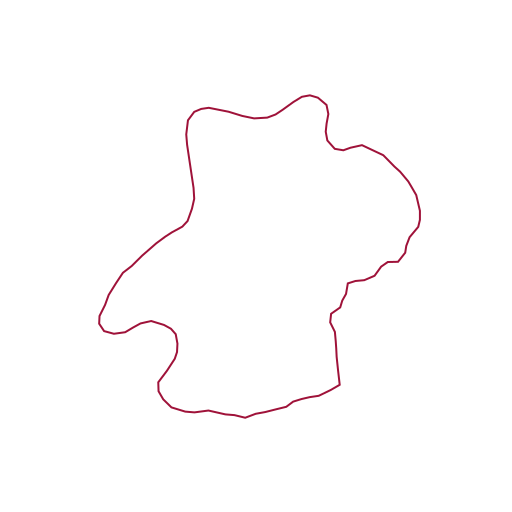 outline of Boracéia, São Paulo, Brazil, rotated 235°
{"feature_id": "56859067B36731884931019", "entity_name": "Boracéia", "entity_type": "district", "adm_level": 2, "iso_a3": "BRA", "parent_name": "Brazil", "parent_adm1": "São Paulo", "projection": "natural_earth1", "projection_center": [-48.79, -22.168], "detail": "fine", "context": "isolated", "style": "outline", "palette": "rose", "viewbox_px": 512, "rotation_deg": 235, "n_neighbors": 0, "source": "geoboundaries", "source_scale": "gbopen_adm2", "svg_char_len": 1407}
<svg xmlns="http://www.w3.org/2000/svg" viewBox="0 0 512 512"><g transform="rotate(235 256 256)"><path d="M129.7,154.4L126.9,165.3L122.9,174.0L118.8,184.8L115.1,194.3L115.4,202.9L112.7,211.3L109.6,219.0L105.5,227.2L103.4,240.2L102.5,250.7L115.4,257.7L127.1,264.2L134.1,268.6L140.4,272.4L148.6,277.1L159.1,278.7L165.6,284.4L165.6,295.5L170.0,301.1L173.3,308.0L180.9,315.5L178.5,323.1L174.1,330.8L171.8,341.8L175.5,352.4L175.5,360.5L169.8,369.0L173.1,380.1L178.1,384.9L183.3,392.6L186.8,405.6L191.6,411.0L199.0,416.2L214.0,422.2L223.2,423.0L229.7,423.5L242.4,422.4L249.8,420.7L265.5,418.1L286.0,406.4L290.5,395.5L292.5,388.2L298.6,382.0L309.7,380.7L317.8,384.4L324.0,389.8L330.8,396.7L339.3,400.4L350.2,397.5L356.7,392.3L360.1,384.9L360.7,375.0L360.5,361.7L360.7,353.2L362.9,344.6L369.8,333.4L378.6,325.1L389.9,316.3L404.5,302.3L407.9,295.5L409.5,288.1L406.2,278.1L395.6,268.6L386.7,263.4L347.6,243.9L338.3,238.2L331.5,230.7L323.9,220.0L322.3,212.5L323.6,200.8L323.9,192.6L323.6,181.6L321.6,162.9L319.1,148.4L318.6,137.4L314.1,125.9L308.6,113.0L302.5,104.3L296.6,93.4L290.5,88.7L281.6,88.5L273.8,95.0L268.6,105.1L267.9,114.5L267.0,122.7L262.9,132.8L252.3,141.1L245.2,144.6L238.0,145.4L229.3,141.4L222.6,136.2L218.4,130.5L213.1,117.3L208.6,103.5L201.1,98.6L191.8,97.8L180.5,99.9L169.1,108.8L163.2,115.9L156.7,128.4L143.8,140.1L138.0,147.1L129.7,154.4Z" fill="none" stroke="#9f1239" stroke-width="2"/></g></svg>